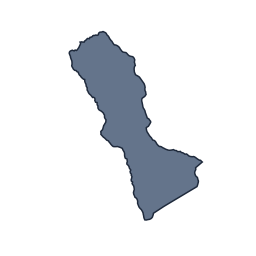 Mirandópolis, São Paulo, Brazil, rotated 121°
{"feature_id": "56859067B1440643639683", "entity_name": "Mirandópolis", "entity_type": "district", "adm_level": 2, "iso_a3": "BRA", "parent_name": "Brazil", "parent_adm1": "São Paulo", "projection": "orthographic", "projection_center": [-51.144, -21.087], "detail": "fine", "context": "isolated", "style": "filled", "palette": "slate", "viewbox_px": 256, "rotation_deg": 121, "n_neighbors": 0, "source": "geoboundaries", "source_scale": "gbopen_adm2", "svg_char_len": 4133}
<svg xmlns="http://www.w3.org/2000/svg" viewBox="0 0 256 256"><g transform="rotate(121 128 128)"><path d="M58.2,199.1L59.3,200.0L60.4,201.5L61.3,201.9L62.3,201.9L63.3,201.4L64.5,202.2L64.8,203.4L65.8,204.2L66.3,205.1L67.1,205.7L68.0,205.7L69.0,206.3L69.9,207.3L71.3,207.1L71.7,208.1L72.2,208.9L73.7,209.2L74.8,209.5L75.9,210.0L76.9,209.8L77.6,210.9L78.1,212.2L79.1,213.3L79.6,212.4L80.7,212.0L82.6,211.8L84.2,211.6L86.0,211.7L87.1,211.8L88.1,212.1L88.4,213.5L89.5,213.8L89.9,214.8L90.0,215.8L91.0,216.6L92.1,217.2L93.2,217.3L94.3,216.8L95.2,215.7L96.1,214.4L97.1,213.6L98.3,212.2L99.3,210.8L100.2,210.1L101.2,209.4L102.4,208.7L103.3,208.5L104.2,207.7L105.0,206.2L105.7,205.1L106.0,203.4L105.5,202.0L106.0,200.7L105.8,199.4L106.8,198.3L107.6,197.0L107.9,195.5L108.6,194.1L108.9,192.6L109.1,191.3L108.7,190.1L109.9,189.4L110.8,188.5L111.5,187.6L112.1,186.6L113.1,185.8L113.9,185.1L114.4,183.8L116.0,182.9L116.8,182.2L117.2,181.1L118.0,180.3L118.7,178.7L119.0,176.9L119.6,175.3L120.1,174.1L119.4,173.4L119.5,171.9L120.5,171.0L121.4,170.7L122.6,169.1L122.1,167.6L123.1,167.0L124.1,166.3L124.4,165.3L125.3,164.7L126.4,164.0L127.3,162.5L127.4,160.8L127.3,159.5L127.5,158.5L127.8,157.0L128.4,156.2L128.9,155.0L129.7,154.4L131.0,153.6L131.8,152.4L132.2,151.2L133.5,150.5L134.7,150.0L136.0,150.1L137.0,150.0L138.4,150.1L140.5,149.5L141.9,149.1L143.0,149.0L144.0,149.4L145.3,149.4L146.2,148.5L147.4,148.0L148.0,146.1L148.5,144.5L148.6,143.0L149.4,139.9L149.1,138.2L149.8,136.9L150.2,135.6L150.7,134.5L151.3,132.6L151.5,131.2L151.1,130.2L150.4,129.0L149.3,127.5L148.9,125.9L148.6,124.5L148.4,122.4L149.4,121.1L149.9,120.2L150.4,119.1L151.5,117.9L152.8,117.1L153.7,116.5L154.7,115.5L155.4,114.5L155.0,113.3L155.6,112.4L156.6,111.8L157.4,111.1L158.6,111.0L159.6,110.2L159.8,109.0L160.5,107.3L161.6,106.3L162.2,105.0L162.6,104.0L164.2,103.8L165.4,102.7L165.8,101.3L166.8,100.9L167.6,99.6L169.2,99.0L170.6,98.7L171.7,97.9L172.0,96.2L173.6,95.8L174.2,94.5L174.8,93.2L176.0,92.1L177.5,90.9L178.9,90.6L180.5,90.1L181.8,89.0L182.7,87.7L183.8,86.3L183.8,85.1L184.1,84.1L184.8,83.0L185.5,82.3L186.4,81.6L187.5,81.1L188.2,80.3L189.3,78.9L190.2,77.6L190.7,76.2L191.1,74.5L192.1,72.7L192.9,71.5L194.3,70.3L195.2,69.4L196.2,68.6L196.9,67.9L198.1,66.3L197.5,65.0L196.4,63.9L195.1,62.4L193.8,61.6L192.8,61.3L191.6,61.2L190.6,61.5L189.4,61.7L188.0,62.3L176.6,56.8L164.4,50.3L142.7,38.7L141.5,38.9L140.0,39.3L138.3,39.8L137.2,40.3L136.3,41.4L135.4,42.3L134.6,43.1L134.5,44.1L134.1,45.5L132.9,47.0L132.0,47.8L130.8,48.3L129.4,48.4L128.5,48.6L127.2,49.6L118.9,46.8L118.7,47.9L118.3,49.2L118.8,50.1L118.8,52.0L118.7,53.5L118.5,54.8L118.5,56.1L118.7,57.1L119.6,58.2L120.4,60.2L120.6,61.8L120.2,63.2L120.1,64.4L121.1,65.7L121.0,67.1L121.0,68.1L121.5,69.7L121.1,71.1L121.8,71.9L122.7,73.4L122.4,74.8L123.1,76.3L123.1,77.9L124.0,78.8L124.7,79.6L125.7,80.9L126.3,82.3L126.5,83.6L126.8,84.8L126.8,86.1L126.9,87.1L127.0,88.3L126.9,89.6L127.1,90.6L127.6,91.4L127.6,92.5L127.3,93.6L127.0,94.6L126.5,95.7L125.9,96.6L125.3,98.0L125.2,99.5L125.6,100.6L125.1,101.6L124.4,102.8L123.8,104.9L123.3,106.1L122.8,107.0L122.0,108.6L121.4,109.8L120.8,110.5L120.1,111.2L119.3,111.8L118.4,112.5L117.5,112.2L116.0,111.4L114.5,111.4L113.0,111.4L111.4,111.5L110.6,112.1L110.3,113.1L109.5,114.7L109.5,116.7L108.5,117.8L106.0,120.9L104.4,122.5L103.4,124.2L102.9,125.3L101.9,126.4L100.9,127.2L99.6,128.4L98.5,129.4L97.9,130.1L97.0,130.6L96.0,131.1L94.9,131.1L93.7,130.5L92.2,129.9L91.0,129.8L89.9,129.8L89.2,130.5L87.8,131.6L87.2,132.7L85.6,133.8L84.3,134.3L83.1,135.4L82.4,136.2L81.7,137.1L78.6,144.1L78.4,145.1L78.4,146.9L78.5,148.2L78.4,149.2L77.7,150.0L76.8,151.3L75.4,152.3L74.4,153.1L73.1,153.7L71.8,154.1L70.7,153.9L70.0,154.7L69.0,155.6L68.3,156.5L67.1,156.9L66.0,157.4L65.0,158.8L64.5,160.1L64.6,161.2L65.1,162.4L65.5,164.2L65.2,165.8L64.7,167.2L64.4,168.6L64.9,169.8L65.5,171.4L65.3,172.9L64.8,174.0L64.4,175.1L63.6,176.5L63.2,177.5L63.0,178.8L63.0,180.2L63.2,181.3L63.8,182.6L63.2,184.2L62.4,185.7L61.9,186.6L61.8,187.7L61.2,188.6L60.9,189.8L60.1,190.8L59.3,192.5L59.0,194.0L58.1,195.4L57.9,196.4L58.0,197.5L58.2,199.1Z" fill="#64748b" stroke="#1e293b" stroke-width="1.5"/></g></svg>